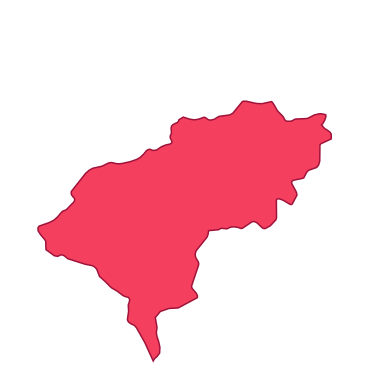 the Region of Pardubický, rotated 134°
{"feature_id": "CZE-10373", "entity_name": "Pardubický", "entity_type": "Region", "adm_level": 1, "iso_a3": "CZE", "parent_name": "Czechia", "parent_adm1": "", "projection": "mercator", "projection_center": [16.129, 49.893], "detail": "fine", "context": "isolated", "style": "filled", "palette": "rose", "viewbox_px": 384, "rotation_deg": 134, "n_neighbors": 0, "source": "natural_earth", "source_scale": "10m", "svg_char_len": 2907}
<svg xmlns="http://www.w3.org/2000/svg" viewBox="0 0 384 384"><g transform="rotate(134 192 192)"><path d="M285.0,121.4L291.7,127.6L299.9,131.8L307.8,131.2L313.7,123.1L318.0,119.9L320.4,116.6L322.5,112.5L326.0,107.2L330.4,103.4L334.2,102.9L338.1,103.1L340.5,102.5L333.1,121.3L328.2,137.8L328.0,140.9L329.2,144.2L329.4,145.3L329.6,147.3L329.3,148.5L328.8,149.6L327.9,150.4L321.9,154.7L317.9,159.0L316.8,159.8L316.0,160.0L312.7,162.0L312.1,163.6L312.2,165.0L313.6,167.3L314.1,168.7L314.5,170.2L315.3,177.0L316.7,182.7L316.9,184.5L316.7,192.7L317.0,199.9L313.8,206.7L313.5,209.1L313.9,211.6L315.0,213.8L318.1,218.5L326.2,234.8L326.7,239.9L327.4,241.6L328.4,242.7L331.6,243.9L333.5,246.8L334.9,257.0L328.9,263.2L328.5,265.3L327.9,271.3L326.8,275.8L324.8,277.9L322.7,278.3L313.0,273.4L308.4,271.8L303.6,271.4L297.1,271.8L295.3,271.6L292.9,270.4L291.4,270.1L281.0,270.1L279.3,270.8L278.3,272.1L278.1,274.6L277.7,276.6L277.1,277.8L275.4,279.2L252.4,281.5L247.7,281.1L243.9,279.9L236.0,274.7L229.1,272.2L227.1,270.8L225.7,268.8L224.5,266.6L222.7,264.4L220.2,262.2L212.9,257.4L207.2,254.5L203.2,253.3L198.2,253.1L194.1,253.5L191.9,253.0L190.5,252.0L189.9,250.6L189.3,249.1L187.9,247.7L185.8,246.5L181.3,245.6L178.4,244.5L175.8,243.2L173.1,241.3L171.7,240.8L170.6,240.8L169.7,241.5L169.3,242.3L168.4,244.7L167.7,245.9L166.8,246.6L164.6,247.4L163.7,247.9L160.7,251.3L158.8,252.5L157.0,252.5L154.8,251.9L152.2,250.8L150.5,250.9L149.1,251.6L144.2,250.3L141.1,244.1L138.5,240.5L135.3,238.0L130.3,235.5L129.5,234.8L129.1,233.7L128.7,230.7L128.0,229.3L126.9,228.2L124.2,226.5L119.0,225.2L110.2,218.3L106.8,217.4L92.0,218.6L90.8,218.0L88.8,215.7L83.8,207.5L80.0,203.1L71.6,197.5L71.9,195.1L72.7,192.0L73.6,189.1L74.1,187.3L74.3,185.7L74.4,179.7L74.6,178.3L74.8,177.5L75.3,176.4L75.7,174.9L75.5,173.4L73.6,171.2L72.2,170.0L70.9,169.3L68.3,168.6L66.8,167.5L59.7,160.7L58.3,159.8L51.7,157.6L47.2,154.7L45.8,153.2L43.5,149.6L44.5,148.2L48.1,146.4L52.0,145.4L53.7,145.5L54.1,142.4L54.2,141.3L54.1,140.3L53.4,136.9L53.2,135.3L53.2,133.7L53.4,132.7L53.9,131.8L57.1,128.7L67.8,132.8L69.2,132.7L81.1,121.5L84.8,119.6L87.8,119.4L95.4,123.2L98.2,123.2L104.2,121.4L105.2,121.8L113.1,127.2L114.6,127.5L115.8,127.1L116.7,125.9L119.3,117.7L120.2,115.8L121.4,114.3L131.1,111.5L132.1,111.9L132.8,112.9L134.6,120.7L136.0,123.9L136.8,125.0L137.6,125.7L138.4,126.0L139.5,125.4L151.8,113.3L153.7,112.3L161.8,112.2L167.1,113.8L168.2,114.6L168.8,115.8L169.0,117.4L169.0,123.5L169.5,125.5L170.3,127.1L171.9,128.2L183.0,130.5L184.2,131.4L185.6,134.4L187.6,137.3L189.9,139.4L192.1,140.6L193.8,141.0L194.5,141.6L197.6,145.5L198.5,146.1L200.7,146.7L208.3,153.2L211.1,151.1L214.1,149.8L231.4,148.2L234.1,146.8L235.3,145.7L236.2,144.4L236.9,142.7L237.9,138.9L238.7,137.6L239.8,136.6L259.9,127.0L261.0,125.6L261.4,123.7L261.7,119.6L262.1,117.8L262.7,116.3L263.5,115.3L264.5,114.8L285.0,121.4Z" fill="#f43f5e" stroke="#9f1239" stroke-width="1.5"/></g></svg>